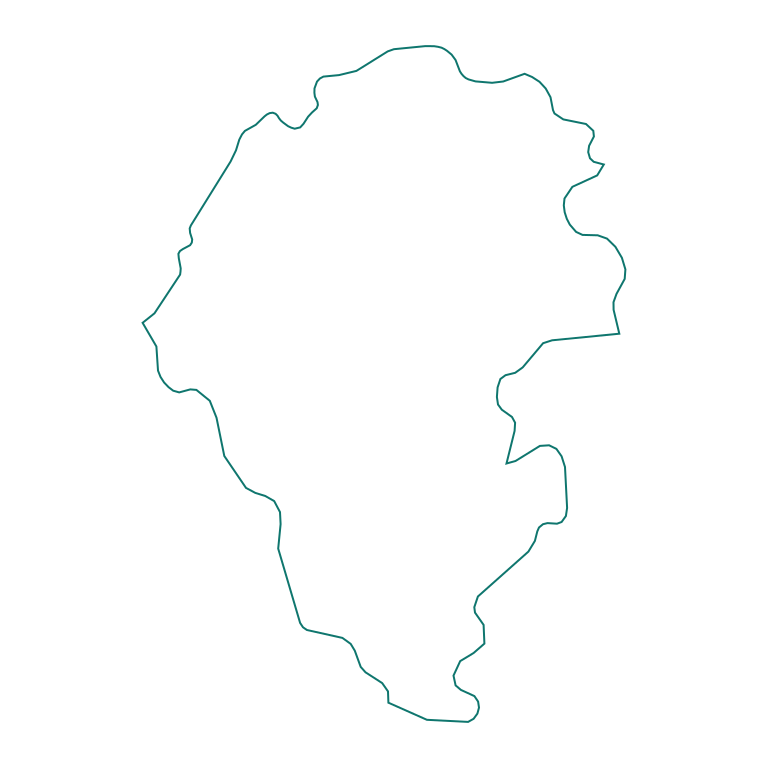 an SVG outline of Vicenza
{"feature_id": "ITA-5465", "entity_name": "Vicenza", "entity_type": "Province", "adm_level": 1, "iso_a3": "ITA", "parent_name": "Italy", "parent_adm1": "", "projection": "natural_earth1", "projection_center": [11.514, 45.63], "detail": "fine", "context": "isolated", "style": "outline", "palette": "teal", "viewbox_px": 768, "rotation_deg": 0, "n_neighbors": 0, "source": "natural_earth", "source_scale": "10m", "svg_char_len": 2255}
<svg xmlns="http://www.w3.org/2000/svg" viewBox="0 0 768 768"><path d="M179.2,392.4L173.2,390.7L168.5,387.1L164.1,382.5L160.5,376.9L158.0,370.6L156.4,346.5L142.6,322.8L154.5,313.3L180.1,274.6L180.5,271.6L180.7,268.4L178.8,258.2L178.4,253.8L179.9,251.1L182.8,249.1L190.1,245.2L191.8,242.6L192.2,239.5L190.1,232.9L189.7,228.4L190.9,225.4L230.6,161.5L236.0,150.3L239.3,139.6L242.0,134.4L244.9,130.9L255.8,124.8L264.5,116.4L266.9,114.5L269.7,113.1L272.8,112.7L275.6,113.8L277.5,115.7L279.0,118.2L280.8,120.5L283.1,122.5L288.1,126.2L291.3,127.7L294.7,128.7L300.2,127.4L303.5,123.8L308.1,116.7L312.0,112.5L316.7,108.3L317.9,105.0L317.5,102.1L314.9,96.6L314.4,92.8L314.5,88.4L317.0,81.6L319.9,78.5L323.4,76.6L339.0,75.1L356.4,70.9L387.7,51.4L393.9,49.2L425.5,46.1L434.1,46.2L438.0,46.8L441.6,47.7L444.4,49.1L447.0,50.8L451.6,54.6L455.2,59.5L455.6,60.1L459.9,71.3L461.5,73.8L463.5,76.1L465.7,78.0L468.5,79.4L475.5,81.4L492.1,82.8L503.2,81.5L524.6,73.8L532.1,77.0L539.5,81.8L545.7,88.5L550.5,97.2L553.0,110.1L554.5,113.5L563.3,119.4L586.0,124.0L593.3,130.8L593.9,136.5L589.1,145.8L588.2,152.1L590.0,158.3L593.7,161.8L603.8,164.5L597.2,175.4L572.4,186.8L564.5,198.5L563.8,205.4L564.7,212.3L566.8,218.8L569.8,224.6L576.1,231.9L582.5,234.9L597.7,235.3L607.0,238.6L615.4,246.8L621.9,257.8L625.4,269.4L624.7,278.9L616.5,293.9L613.5,302.2L613.6,309.8L619.3,333.7L552.1,340.3L543.1,343.2L522.7,367.4L515.2,372.8L505.5,375.2L500.4,379.0L497.6,387.4L496.9,397.0L498.0,404.5L501.8,409.7L512.0,417.0L515.1,422.7L514.6,430.9L506.5,463.5L515.5,461.0L539.9,445.9L549.1,445.3L556.4,448.9L561.6,456.3L565.0,467.0L567.1,507.9L565.9,516.0L561.6,522.0L557.0,523.7L547.5,523.1L543.0,524.2L539.0,527.5L537.3,531.4L534.9,540.9L528.4,551.6L477.9,596.5L474.3,607.2L475.0,612.6L483.6,624.9L484.4,643.6L473.6,653.0L460.2,661.1L453.5,675.6L455.6,685.4L460.9,689.9L474.4,696.1L478.1,701.6L479.0,707.6L477.4,713.6L473.6,718.8L468.1,721.9L426.9,719.8L388.4,702.7L388.0,691.4L382.2,683.1L365.5,672.3L360.7,666.9L354.8,650.7L350.7,643.9L342.4,637.9L306.9,630.0L303.0,627.3L300.1,622.9L278.2,548.6L280.6,524.1L280.0,512.1L274.2,501.1L265.3,496.0L255.3,492.9L246.0,487.9L224.3,456.0L216.5,417.7L209.8,400.8L196.4,389.9L190.3,389.4L179.2,392.4Z" fill="none" stroke="#0f766e" stroke-width="2"/></svg>